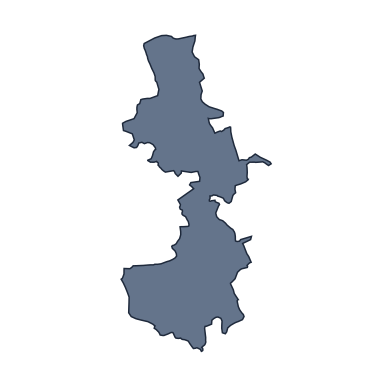 the district of Dikirnis, Ad Daqahliyah, Egypt, rotated 262°
{"feature_id": "37247803B48136170412055", "entity_name": "Dikirnis", "entity_type": "district", "adm_level": 2, "iso_a3": "EGY", "parent_name": "Egypt", "parent_adm1": "Ad Daqahliyah", "projection": "equal_earth", "projection_center": [31.667, 31.093], "detail": "fine", "context": "isolated", "style": "filled", "palette": "slate", "viewbox_px": 384, "rotation_deg": 262, "n_neighbors": 0, "source": "geoboundaries", "source_scale": "gbopen_adm2", "svg_char_len": 5639}
<svg xmlns="http://www.w3.org/2000/svg" viewBox="0 0 384 384"><g transform="rotate(262 192 192)"><path d="M346.7,217.3L346.7,215.2L346.4,214.4L346.4,212.8L346.4,210.8L346.1,208.0L345.5,199.6L345.8,197.3L346.9,194.9L348.9,193.3L350.7,188.5L351.1,183.7L349.7,176.5L346.3,167.0L345.7,165.3L343.6,164.5L340.5,164.8L339.5,165.2L337.7,165.6L335.7,166.0L335.0,166.0L332.2,166.7L330.5,166.7L327.7,167.2L324.6,168.2L320.1,169.3L318.6,169.8L315.3,170.9L311.5,171.6L308.4,171.2L307.4,171.2L306.7,171.6L305.7,172.4L298.1,173.5L296.9,173.0L294.6,172.2L292.2,171.4L290.5,163.4L290.9,160.6L290.9,158.2L290.9,156.2L290.6,154.2L289.6,153.8L286.8,152.5L285.8,150.1L283.7,149.3L281.3,148.9L278.2,148.8L272.7,144.8L271.1,136.4L270.0,133.5L269.7,132.8L268.7,132.7L265.2,132.7L263.2,132.7L262.4,132.7L261.3,135.0L257.9,141.0L251.6,142.1L249.3,140.4L246.8,136.5L245.3,138.6L244.9,139.2L243.8,140.8L243.8,142.5L243.8,143.2L244.5,144.0L245.5,144.8L246.9,145.6L247.9,146.1L248.2,149.3L246.5,151.6L247.2,154.8L246.8,156.4L246.8,156.8L244.4,160.0L240.9,161.9L240.1,161.9L239.2,161.9L238.9,161.1L237.2,159.5L233.4,157.9L230.6,156.2L230.3,155.0L230.1,154.4L229.6,152.6L229.3,152.6L227.3,155.0L227.3,155.4L226.8,158.6L227.2,161.0L226.8,161.0L226.5,161.8L225.4,162.6L224.4,162.5L223.4,162.1L222.3,162.9L221.3,163.3L220.9,163.6L219.9,164.5L218.5,165.3L216.8,166.8L215.4,168.4L215.7,176.8L214.3,177.6L212.6,178.0L209.5,180.3L212.2,184.0L214.3,184.4L211.5,193.9L211.8,198.7L211.5,200.7L209.0,201.1L208.5,201.2L205.2,201.9L201.5,201.0L201.5,199.4L201.5,195.0L201.5,193.4L201.5,192.2L199.4,190.6L198.8,191.0L197.7,192.2L195.0,194.1L194.6,193.3L186.1,176.9L185.8,177.0L181.2,178.8L179.9,178.4L178.8,177.6L176.8,177.9L176.4,178.3L175.4,179.9L174.3,179.9L173.3,179.5L172.6,179.1L171.3,179.1L170.2,179.9L168.5,182.2L166.8,182.8L165.0,183.4L163.3,184.2L160.2,184.5L158.8,184.1L158.5,183.3L158.8,179.3L159.2,176.1L159.2,175.3L157.8,175.3L155.8,175.3L154.4,175.3L151.3,174.9L149.2,174.0L147.5,173.2L145.1,170.8L143.0,169.2L142.0,167.2L141.7,166.0L141.7,165.2L141.0,164.4L138.9,164.7L136.9,166.3L135.8,167.1L133.1,167.9L130.6,167.8L128.9,165.8L127.9,163.4L126.9,160.2L126.6,157.8L126.4,156.8L126.2,155.8L125.2,151.4L125.2,147.8L125.4,146.6L125.6,145.0L125.2,143.8L125.6,141.0L125.8,138.2L126.0,134.6L126.0,134.2L126.8,125.8L127.1,123.5L125.7,121.8L124.7,119.8L125.7,114.1L124.0,113.8L120.6,113.3L120.2,113.2L117.0,111.5L116.1,110.9L115.5,109.7L111.6,111.3L106.7,112.8L101.9,114.0L96.7,115.1L91.6,114.3L81.2,112.5L78.1,114.0L77.1,114.5L74.3,118.9L72.5,123.2L69.7,130.4L66.6,134.8L64.5,136.7L64.2,136.3L62.8,135.9L62.4,135.6L62.1,135.9L60.7,137.5L59.0,138.7L58.0,139.5L56.2,140.2L54.8,140.6L54.3,142.1L54.1,142.6L53.8,144.2L54.8,148.6L55.8,151.8L55.5,153.4L54.8,153.8L53.4,154.2L50.6,155.0L49.6,155.7L48.9,158.1L48.9,160.5L48.2,160.9L47.5,161.7L47.2,162.5L46.8,164.1L45.1,167.3L43.7,168.1L42.4,168.6L42.0,168.8L39.1,170.3L36.8,171.6L36.8,172.0L36.8,173.6L37.1,175.2L35.0,178.4L32.9,179.1L33.3,180.3L34.0,180.8L35.7,180.8L36.7,180.0L37.4,180.8L38.8,183.2L39.8,184.0L41.5,184.8L42.9,184.8L46.0,185.3L55.3,185.5L57.1,186.2L57.1,187.8L58.4,193.0L62.2,193.8L63.6,195.9L64.6,198.3L64.6,198.8L64.6,200.3L62.9,203.0L60.1,203.8L58.5,203.5L56.0,203.0L52.9,202.5L48.4,202.5L47.7,203.8L47.0,205.3L48.7,206.9L49.7,207.3L52.5,208.5L54.6,211.7L56.3,215.8L56.9,217.8L57.3,219.8L58.6,224.2L61.4,226.2L63.5,225.8L64.0,225.5L65.2,224.6L67.3,223.5L69.0,222.7L72.1,221.9L76.2,221.6L77.2,221.6L78.0,221.6L79.0,222.4L79.0,222.8L82.8,221.0L85.6,219.7L89.4,219.3L95.6,217.4L96.3,217.4L96.9,218.3L97.3,219.0L100.1,222.6L106.2,225.9L107.7,228.0L108.0,228.3L108.3,228.9L109.0,230.3L109.2,232.3L109.6,236.3L110.7,236.7L111.7,236.3L112.7,237.6L113.3,238.4L113.8,239.2L114.2,240.8L120.1,239.2L123.3,237.7L131.5,235.8L134.0,235.0L136.3,242.2L136.7,243.4L139.8,244.7L138.1,233.5L136.7,232.2L136.7,229.8L137.4,228.3L138.8,228.3L141.9,228.7L144.7,228.7L146.4,228.4L149.2,227.2L150.9,225.2L154.4,222.1L156.4,220.9L157.8,219.7L158.8,218.8L159.2,218.5L160.3,216.5L160.6,215.7L161.3,214.9L164.1,213.0L166.8,212.7L167.9,212.6L174.4,216.3L175.8,217.5L177.1,217.1L178.2,215.1L179.2,213.6L180.6,213.6L180.6,210.0L180.3,208.8L180.6,208.0L181.7,208.0L182.7,208.8L184.4,209.2L185.5,209.2L185.4,211.2L186.1,212.8L185.1,216.4L184.4,216.8L183.3,219.2L181.6,222.0L180.9,222.4L178.8,223.1L177.5,224.3L176.4,225.5L175.7,227.1L177.1,229.5L182.9,232.0L184.0,233.2L185.2,235.1L188.8,234.9L191.7,235.6L192.2,235.7L192.6,237.3L192.9,239.3L193.2,241.3L194.6,246.5L195.6,248.1L196.0,248.9L196.8,249.5L197.3,248.6L199.8,248.6L203.5,249.4L208.4,249.9L210.4,249.9L211.5,249.9L213.5,253.2L212.8,258.3L212.5,259.1L212.1,264.7L212.1,265.5L212.1,266.3L211.7,266.7L211.0,267.9L209.0,269.9L207.6,271.5L208.9,274.3L210.7,273.5L213.1,270.3L216.9,264.4L219.7,261.2L220.8,259.9L218.3,255.6L218.0,253.6L216.6,252.4L215.9,250.4L216.6,247.6L217.0,246.0L216.7,244.4L216.4,242.9L217.0,242.8L224.9,241.6L227.0,241.3L232.2,240.2L240.8,239.1L246.3,238.8L250.1,239.2L250.9,239.2L251.2,238.4L250.8,237.2L250.5,235.6L250.2,233.6L248.8,232.0L247.8,229.6L248.5,228.4L247.8,225.2L247.1,223.2L247.1,222.8L252.6,221.3L255.4,219.7L257.1,218.9L258.9,218.6L262.6,218.4L262.3,219.0L261.9,221.0L261.9,229.0L262.2,230.6L262.6,231.8L262.9,233.4L266.4,234.2L268.1,232.7L269.8,229.5L274.0,220.8L277.1,217.2L279.9,214.8L283.0,213.7L287.1,214.5L290.6,216.2L299.6,214.7L303.0,220.0L304.2,219.7L307.0,219.3L307.4,219.2L309.7,217.8L313.0,216.3L313.3,216.2L314.6,216.4L317.4,217.0L322.1,217.0L323.2,215.8L325.4,213.5L326.2,213.1L330.6,211.6L333.9,212.6L335.3,213.0L341.0,215.8L341.6,216.0L345.1,216.8L345.7,217.0L346.7,217.3Z" fill="#64748b" stroke="#1e293b" stroke-width="1.5"/></g></svg>